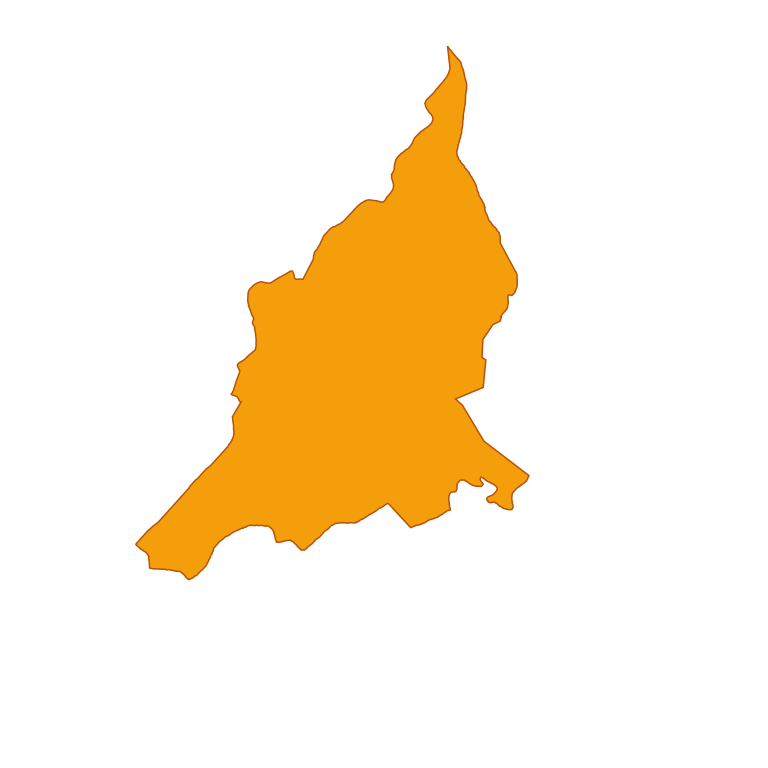 Tibas, San José, Costa Rica (orthographic projection), rotated 312°
{"feature_id": "36466004B13959019821859", "entity_name": "Tibas", "entity_type": "district", "adm_level": 2, "iso_a3": "CRI", "parent_name": "Costa Rica", "parent_adm1": "San José", "projection": "orthographic", "projection_center": [-84.08, 9.956], "detail": "fine", "context": "isolated", "style": "filled", "palette": "amber", "viewbox_px": 768, "rotation_deg": 312, "n_neighbors": 0, "source": "geoboundaries", "source_scale": "gbopen_adm2", "svg_char_len": 6151}
<svg xmlns="http://www.w3.org/2000/svg" viewBox="0 0 768 768"><g transform="rotate(312 384 384)"><path d="M555.6,406.3L566.4,376.4L571.9,371.0L572.5,369.5L573.6,368.2L573.6,366.1L574.6,363.2L574.6,359.1L575.2,356.3L575.6,355.4L575.9,352.3L578.8,347.0L579.8,344.1L581.4,341.9L582.8,341.0L582.8,340.0L583.7,339.6L584.3,337.9L584.9,337.4L584.9,336.3L585.4,335.8L585.5,334.9L586.3,333.4L586.4,332.4L587.9,327.7L589.2,326.5L590.2,323.9L592.9,320.1L594.5,316.6L595.5,313.9L595.9,312.0L596.6,310.6L596.6,309.6L597.3,307.1L598.2,305.4L598.2,303.3L598.7,301.5L598.7,299.5L599.6,298.0L600.2,292.1L600.8,291.6L600.9,289.6L602.2,287.3L602.3,286.4L603.8,284.2L605.9,282.1L607.0,282.0L607.7,281.3L609.5,280.5L610.2,279.7L614.8,277.6L616.5,276.5L618.5,275.9L620.1,274.7L622.9,273.5L624.3,272.1L629.5,268.9L632.4,266.3L634.2,265.5L636.2,263.6L638.4,262.0L648.4,255.6L649.5,254.3L650.4,253.8L653.8,250.8L654.7,250.6L655.2,249.7L656.2,249.4L656.7,248.7L657.7,248.7L661.6,245.3L663.5,242.9L665.4,239.6L670.0,233.5L670.9,232.1L671.5,230.3L674.6,225.5L674.6,223.4L675.1,222.6L675.1,219.5L675.6,217.7L675.6,215.6L676.7,210.7L676.7,208.7L677.6,205.1L662.6,222.0L658.5,223.9L654.7,225.0L648.2,225.6L637.1,225.7L635.8,226.0L631.2,226.0L629.3,225.7L625.4,225.7L623.7,225.3L620.0,226.5L617.6,230.3L616.0,235.8L616.0,238.4L615.0,241.4L614.3,242.4L612.8,243.7L609.8,244.7L605.8,244.7L595.7,242.4L587.2,242.1L582.3,243.7L578.5,244.4L575.2,244.4L572.1,243.4L568.9,243.1L566.4,242.4L561.1,242.4L558.6,242.7L553.5,245.5L549.8,248.3L546.2,249.2L544.9,249.3L542.2,251.8L539.6,256.2L538.0,258.3L534.9,260.3L530.5,261.1L524.6,261.1L521.5,261.8L519.5,261.8L517.6,260.6L515.6,256.6L510.9,249.7L509.2,248.3L506.9,247.2L502.8,246.0L498.9,245.4L477.9,245.0L473.0,244.0L472.1,243.3L468.9,242.4L467.2,241.5L466.9,241.1L463.2,240.1L453.4,240.1L451.7,240.8L451.0,240.8L450.0,241.4L446.3,242.3L445.2,243.0L443.2,243.1L439.4,244.0L435.5,244.2L431.6,246.3L429.4,248.0L407.5,253.7L405.8,251.3L402.8,248.4L403.0,246.4L404.8,244.1L406.2,241.6L406.4,240.0L406.0,239.5L404.9,238.9L395.8,236.0L392.4,234.6L383.5,232.2L381.6,230.8L377.6,224.1L376.8,223.7L376.2,223.1L373.6,222.0L370.2,220.9L363.9,220.8L362.0,221.4L360.2,222.5L354.9,226.8L351.3,231.4L348.0,237.7L347.0,239.1L346.1,242.2L344.9,243.7L343.8,244.0L341.3,245.4L340.6,246.8L340.2,248.8L339.2,250.4L337.7,251.9L336.7,253.5L330.8,260.0L329.2,261.1L326.6,263.6L323.5,265.4L322.2,265.4L315.6,264.4L308.1,263.8L302.7,262.1L300.6,262.1L299.8,262.4L297.9,266.1L297.3,268.0L296.0,268.9L288.2,271.9L278.3,276.5L275.4,277.2L274.2,277.2L274.2,278.3L276.2,283.3L275.8,285.3L275.0,286.8L274.5,288.8L274.5,289.6L274.9,289.8L258.1,293.3L252.1,300.4L249.8,302.3L249.3,303.2L247.9,304.6L245.5,306.5L242.0,308.2L240.9,308.2L240.4,308.7L238.4,308.8L237.5,309.2L235.4,309.2L233.5,309.8L206.8,309.7L205.9,309.3L203.8,309.2L202.9,308.8L201.9,308.7L188.6,308.7L186.6,308.2L178.4,308.2L176.5,308.7L130.3,308.7L122.5,307.3L118.5,307.0L117.6,306.7L99.1,306.7L98.6,307.2L98.6,314.4L99.1,315.3L99.1,317.3L99.6,319.2L99.1,323.1L98.6,323.7L98.6,324.6L97.1,325.6L95.4,327.8L90.4,333.0L92.8,337.1L93.7,337.7L94.9,339.3L95.5,339.8L95.8,340.5L97.5,342.5L97.9,343.4L98.6,343.8L100.1,345.7L100.2,346.7L101.8,347.9L105.7,354.7L108.3,357.9L108.4,364.0L107.8,365.9L107.8,369.0L108.0,369.9L108.9,370.4L112.7,371.8L114.7,371.9L116.2,372.8L122.3,372.9L124.3,373.3L130.5,373.3L133.3,372.3L134.3,372.3L136.7,371.3L137.7,371.3L138.5,370.9L139.5,370.8L140.0,370.3L141.0,370.0L142.9,369.7L144.7,368.8L145.7,368.7L148.2,367.4L157.3,367.2L161.3,368.1L164.3,368.3L165.9,369.2L168.8,370.3L169.8,370.3L172.8,371.1L175.6,372.1L176.4,372.7L177.3,372.8L178.7,373.9L179.6,373.9L181.9,375.1L182.7,375.9L183.7,375.9L184.5,376.3L185.1,377.1L187.0,377.5L188.7,378.5L190.0,379.6L190.4,380.5L192.0,382.0L192.4,382.8L194.0,384.1L195.0,385.7L197.1,387.7L199.1,391.2L200.0,391.3L200.2,392.2L200.9,392.6L201.2,393.5L201.2,398.6L200.2,401.3L199.5,401.7L198.7,403.5L195.8,407.5L195.5,408.4L194.5,409.7L195.6,411.4L198.8,414.0L202.3,416.1L202.9,416.9L204.8,418.3L205.1,419.0L205.8,421.8L205.8,426.9L205.3,428.8L205.3,433.9L206.9,435.2L207.3,435.9L209.2,436.4L212.3,436.4L217.2,437.5L223.4,437.5L224.2,437.9L227.1,438.5L235.3,438.5L239.1,439.5L243.2,439.5L245.1,440.4L247.9,441.2L248.4,441.9L249.4,442.3L250.7,443.8L252.3,445.0L253.2,446.4L254.0,446.7L255.6,449.3L257.0,450.7L257.9,451.2L261.3,455.4L262.3,455.5L262.7,456.4L263.8,456.5L265.6,457.2L267.5,457.5L270.3,458.9L275.2,460.1L284.0,462.9L288.1,463.6L291.8,465.1L295.7,465.9L297.6,466.7L298.1,467.2L295.1,499.9L300.3,502.5L304.2,505.3L305.4,505.6L306.5,506.4L308.0,507.0L310.8,507.9L311.7,507.9L313.9,508.9L316.8,510.8L320.5,512.6L320.7,512.9L323.9,513.6L326.2,514.6L327.0,514.6L332.2,515.9L333.6,516.8L334.8,517.1L334.9,517.5L336.0,516.3L336.6,514.9L339.2,512.2L341.7,509.1L344.8,506.9L346.8,506.3L348.0,506.2L349.8,507.2L351.0,508.7L351.8,509.1L353.0,509.2L354.9,508.3L357.1,506.6L357.7,505.8L358.8,505.4L360.4,505.0L363.7,505.0L366.3,507.9L366.4,509.2L366.9,510.7L367.2,514.1L367.5,514.8L368.0,517.6L369.2,520.1L369.6,520.3L369.6,520.7L372.2,523.9L373.4,524.9L375.9,524.8L377.2,519.4L378.5,518.6L379.7,518.6L380.5,520.5L380.6,524.6L381.6,528.2L381.7,529.4L382.0,529.7L382.2,531.1L382.9,532.6L382.9,536.8L382.0,538.3L380.6,538.9L379.0,539.2L374.8,539.2L369.8,536.9L368.2,536.7L366.7,538.1L366.4,540.0L366.1,540.5L366.7,542.3L367.9,543.4L369.0,543.9L369.8,544.7L370.3,546.1L370.3,547.0L370.7,547.6L370.5,551.7L371.1,553.2L371.5,556.0L374.0,560.7L376.1,562.9L376.4,562.9L378.0,562.7L380.0,561.2L381.3,559.1L382.2,558.3L383.7,556.2L386.2,554.1L388.6,552.6L389.4,552.4L395.3,552.4L398.8,553.3L400.1,553.3L403.5,554.3L406.7,554.7L407.9,554.7L412.9,553.0L408.4,496.5L420.7,456.5L420.7,447.2L447.9,460.0L470.0,443.6L469.4,439.0L483.3,427.7L501.2,425.2L508.4,428.2L509.3,428.0L511.0,426.9L512.0,426.7L512.0,425.7L513.0,425.7L514.9,425.2L521.0,425.2L523.8,424.5L524.4,423.8L527.1,422.4L532.2,417.3L533.1,417.0L534.0,417.3L535.2,419.6L536.1,420.0L539.2,420.0L541.0,419.5L542.8,418.5L543.8,418.5L546.1,417.3L547.5,415.8L548.4,415.4L548.8,414.6L549.6,414.2L554.3,409.6L555.1,407.9L555.6,407.3L555.6,406.3Z" fill="#f59e0b" stroke="#b45309" stroke-width="1.5"/></g></svg>